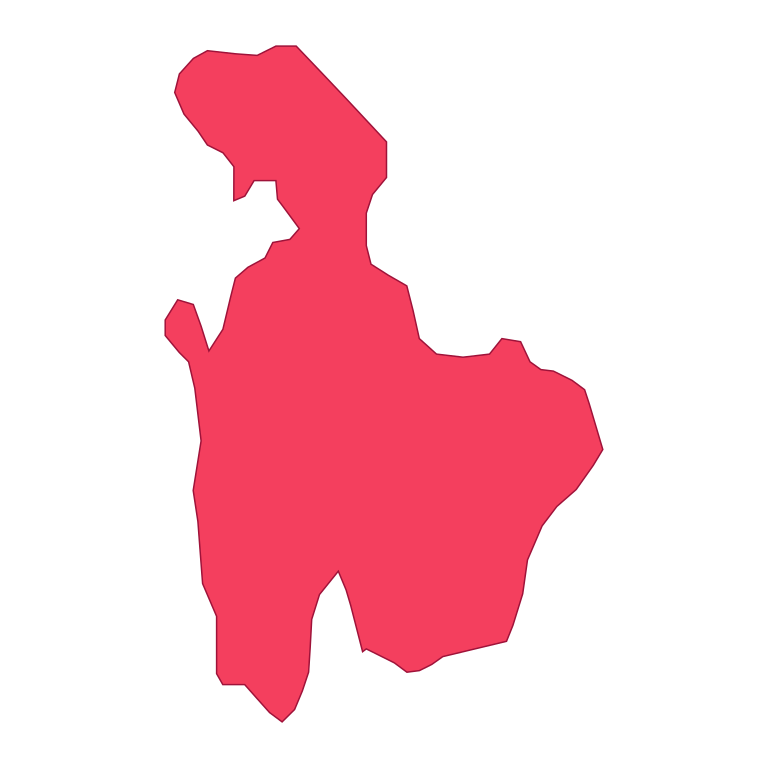 outline of Seosan-si, South Chungcheong, South Korea
{"feature_id": "91817680B60871253292980", "entity_name": "Seosan-si", "entity_type": "district", "adm_level": 2, "iso_a3": "KOR", "parent_name": "South Korea", "parent_adm1": "South Chungcheong", "projection": "natural_earth1", "projection_center": [126.456, 36.801], "detail": "fine", "context": "isolated", "style": "filled", "palette": "rose", "viewbox_px": 768, "rotation_deg": 0, "n_neighbors": 0, "source": "geoboundaries", "source_scale": "gbopen_adm2", "svg_char_len": 1335}
<svg xmlns="http://www.w3.org/2000/svg" viewBox="0 0 768 768"><path d="M602.8,449.5L589.2,403.7L584.6,389.7L572.1,380.4L553.4,371.1L540.9,369.6L530.0,361.8L520.6,341.7L501.9,338.6L489.5,354.1L463.0,357.2L436.5,354.1L419.3,338.6L413.1,310.7L406.8,285.9L388.1,275.1L371.0,264.2L366.3,245.6L366.3,213.1L372.5,194.5L386.5,177.5L386.5,146.6L386.5,141.9L347.6,100.2L322.7,73.9L296.2,46.1L275.9,46.1L257.2,55.4L235.4,53.8L207.4,50.7L193.4,58.4L179.4,73.9L174.7,92.5L184.0,114.1L198.0,131.1L207.4,145.0L223.0,152.8L233.9,166.7L233.8,200.7L244.8,196.1L254.1,180.6L275.9,180.6L277.5,199.2L282.2,205.4L286.8,211.6L299.3,228.6L289.9,239.4L272.8,242.5L265.0,258.0L247.9,267.3L235.4,278.1L230.7,296.7L222.9,329.3L208.9,351.0L201.1,326.2L193.3,304.5L177.7,299.8L165.2,320.0L165.2,335.5L179.3,352.5L188.6,361.8L194.8,388.2L201.1,440.9L193.2,490.5L195.0,502.3L197.9,521.5L202.6,583.6L216.6,616.3L216.6,647.3L216.6,673.7L222.8,684.6L244.7,684.6L257.1,698.6L269.6,712.6L282.1,721.9L294.6,709.5L302.4,690.8L308.6,672.2L310.2,647.3L311.7,619.4L319.5,594.5L338.3,571.2L346.1,589.9L350.7,605.4L362.6,651.7L366.3,648.9L378.8,655.1L394.4,662.9L406.9,672.2L419.4,670.6L431.8,664.4L442.8,656.6L506.5,641.3L512.9,625.4L522.7,593.8L527.5,559.9L542.1,525.9L556.8,506.5L576.2,489.5L593.3,465.3L602.8,449.5Z" fill="#f43f5e" stroke="#9f1239" stroke-width="1.5"/></svg>